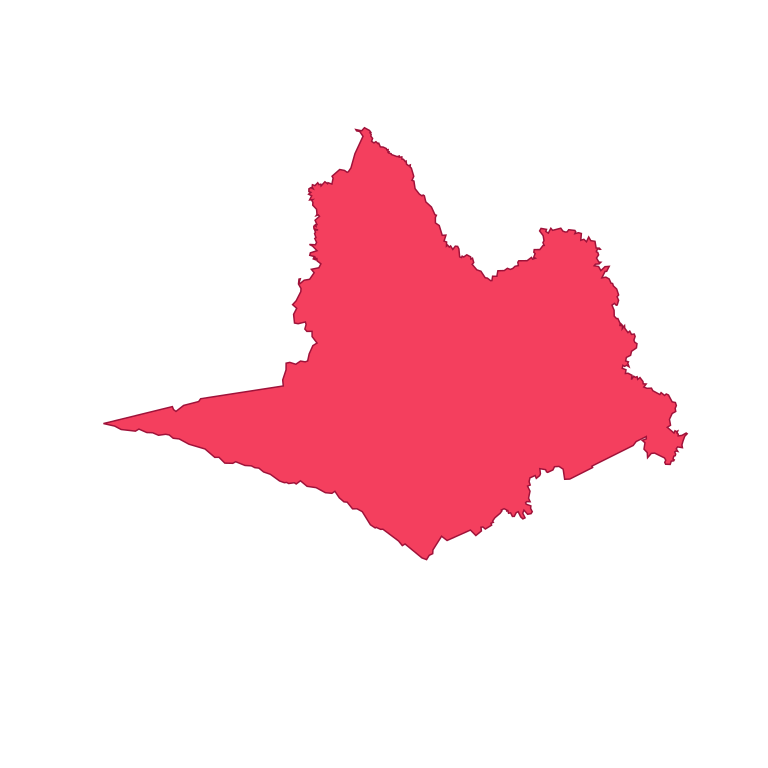 outline of Ozuluama de Mascareñas, Veracruz, Mexico, rotated 146°
{"feature_id": "50627088B92506226945560", "entity_name": "Ozuluama de Mascareñas", "entity_type": "district", "adm_level": 2, "iso_a3": "MEX", "parent_name": "Mexico", "parent_adm1": "Veracruz", "projection": "robinson", "projection_center": [-97.902, 21.699], "detail": "fine", "context": "isolated", "style": "filled", "palette": "rose", "viewbox_px": 768, "rotation_deg": 146, "n_neighbors": 0, "source": "geoboundaries", "source_scale": "gbopen_adm2", "svg_char_len": 6171}
<svg xmlns="http://www.w3.org/2000/svg" viewBox="0 0 768 768"><g transform="rotate(146 384 384)"><path d="M279.3,591.2L290.6,581.6L294.9,579.9L296.2,580.1L297.3,583.1L300.8,586.6L310.9,585.3L311.1,583.1L315.4,578.9L317.9,582.2L318.8,581.6L319.9,584.7L325.4,583.4L324.7,585.0L326.5,585.7L326.4,587.9L330.3,587.1L331.9,589.2L333.4,587.6L333.6,585.5L334.9,587.7L337.1,587.8L338.7,585.5L337.5,583.8L340.4,583.5L338.7,580.5L342.8,578.2L340.0,576.7L341.2,576.6L341.4,574.3L343.1,572.1L342.2,566.6L344.7,562.1L346.1,561.5L343.9,560.9L343.7,559.1L349.6,558.3L350.4,553.7L351.5,554.3L352.2,552.7L353.0,554.4L354.3,553.7L355.3,551.7L352.5,548.6L355.4,550.2L356.0,548.1L357.4,547.6L358.6,543.3L360.0,543.4L360.7,539.1L363.0,537.8L367.8,541.4L366.1,538.3L365.0,532.0L371.7,533.9L373.6,532.2L370.2,528.3L370.5,526.7L371.8,527.9L372.7,527.3L371.3,525.3L370.5,526.2L369.5,525.6L370.6,523.5L369.1,518.9L373.0,516.8L380.1,519.7L379.7,515.3L387.1,512.4L392.2,514.7L397.3,514.2L397.5,515.7L394.6,518.0L395.8,518.5L399.0,514.7L399.4,509.6L401.3,507.1L410.3,502.1L415.4,500.9L414.0,495.6L420.0,492.3L424.1,484.6L421.5,482.0L414.5,479.4L415.3,476.9L418.9,473.8L418.5,470.7L414.2,467.9L417.1,463.5L416.6,455.4L421.5,455.6L429.2,450.8L434.4,445.8L436.9,446.4L440.4,449.7L446.1,449.7L450.0,454.6L453.5,456.0L457.3,450.5L465.7,444.0L468.6,438.7L544.2,474.3L547.5,473.1L562.1,478.3L571.8,477.6L572.8,480.5L572.1,483.6L638.7,508.1L630.8,499.7L627.4,493.3L616.4,483.9L612.4,483.7L607.8,476.4L603.1,473.0L599.6,467.6L593.1,464.4L590.5,461.8L589.1,456.9L584.5,453.0L579.4,443.2L568.7,430.2L565.3,417.8L561.8,415.5L560.2,407.4L553.7,402.8L550.4,402.5L544.8,394.2L539.7,390.3L537.9,386.9L534.8,384.3L533.0,378.4L528.7,372.7L524.8,362.0L521.8,357.9L519.7,356.8L518.7,354.8L513.6,352.3L512.7,350.2L507.4,350.5L505.0,342.2L498.2,336.0L493.4,326.7L488.3,322.5L484.7,322.5L484.7,314.6L483.1,308.7L480.6,306.6L479.9,298.1L476.1,295.6L473.4,290.3L474.0,274.9L471.8,269.6L470.6,269.5L468.1,265.4L466.1,264.2L459.7,245.7L459.2,239.8L456.0,239.6L449.8,218.6L446.9,214.6L442.3,216.7L438.5,216.1L436.2,219.1L421.4,225.6L419.2,219.0L394.0,214.6L392.6,207.0L385.4,207.7L383.7,211.0L382.0,210.2L381.1,207.1L373.7,206.8L373.2,208.7L370.7,208.2L370.7,209.6L366.9,211.1L359.9,211.9L357.2,212.9L357.2,213.9L354.2,213.5L352.7,210.9L353.2,210.1L352.2,209.8L353.0,207.2L351.1,206.4L351.6,202.4L350.0,201.4L346.3,203.4L344.2,203.1L345.0,197.3L344.3,194.5L341.9,194.2L341.2,199.3L338.5,201.2L337.8,195.7L334.6,194.3L332.5,195.2L332.0,198.9L330.4,200.8L333.3,204.8L333.0,206.4L331.5,206.7L328.7,204.7L328.0,208.5L322.9,213.5L322.1,219.1L319.3,218.5L318.3,221.9L315.5,224.6L309.9,223.6L310.5,220.6L306.2,221.0L304.5,222.1L302.2,226.7L297.9,222.6L298.4,220.3L297.7,219.2L292.0,218.3L288.9,220.1L285.0,217.8L283.1,213.2L287.5,204.0L283.1,201.3L257.8,198.1L257.7,199.6L255.4,199.4L211.8,193.7L207.1,195.3L195.9,193.8L197.2,191.8L201.4,192.8L200.5,189.4L204.9,184.6L204.1,179.9L206.7,175.5L201.2,177.0L198.3,175.4L192.8,165.9L193.0,163.3L195.1,162.0L195.4,160.0L191.7,157.3L189.0,159.4L186.8,158.3L185.8,158.8L186.4,160.1L184.2,162.1L182.6,161.7L181.4,162.8L181.0,165.1L179.4,165.2L178.1,163.8L178.0,166.8L175.8,167.7L172.2,164.3L171.1,166.9L167.9,169.6L163.9,172.5L160.5,173.2L160.9,174.4L165.8,174.8L169.1,176.5L168.1,177.9L168.5,179.5L166.8,180.8L168.2,181.0L168.9,182.5L171.0,181.2L173.4,189.7L169.5,189.6L167.1,195.1L161.6,198.4L157.5,198.1L156.2,201.0L153.7,202.6L152.8,205.7L155.1,208.1L154.3,215.8L155.6,217.9L157.8,217.6L159.1,221.9L161.2,221.0L164.9,228.1L164.6,231.0L168.4,233.4L170.3,236.2L166.7,237.4L169.0,239.2L167.9,241.3L168.2,246.2L171.1,246.0L170.1,248.5L171.9,249.0L172.6,250.8L176.4,249.3L173.5,252.5L175.7,256.5L178.0,257.7L175.4,260.5L177.7,263.8L175.5,265.9L174.7,264.1L172.4,263.9L171.2,261.3L170.3,264.9L169.0,265.7L170.8,268.0L168.2,270.5L163.5,269.9L160.5,272.7L154.5,272.8L151.7,276.0L152.8,278.3L152.3,280.6L149.2,283.0L148.6,285.5L151.1,286.7L150.7,290.4L153.0,290.2L153.2,295.7L152.0,297.8L155.5,296.6L153.5,299.0L153.8,300.9L154.7,299.7L155.7,300.6L154.4,302.1L153.5,307.5L154.6,308.2L155.2,311.5L152.0,316.5L150.9,321.9L147.9,322.0L147.4,319.4L146.5,319.1L142.7,322.2L142.0,326.0L139.7,326.6L138.0,332.6L139.0,337.0L138.3,339.5L139.4,340.6L138.6,345.2L140.3,348.5L144.0,350.2L137.8,353.7L136.4,352.9L131.5,355.6L135.2,357.7L140.8,356.7L140.4,361.4L143.6,364.5L141.7,365.1L138.5,363.3L136.2,363.7L137.7,364.9L137.4,369.6L133.9,371.0L133.2,373.5L134.0,374.8L133.1,375.8L130.5,376.4L130.3,375.7L130.0,375.1L129.5,374.8L129.3,374.7L129.5,376.2L132.1,378.1L129.3,384.3L132.4,387.2L132.1,391.4L136.6,388.7L137.4,392.2L140.5,393.1L136.2,398.4L138.2,400.7L141.7,401.9L139.9,403.1L139.9,404.6L144.6,408.6L147.1,407.7L148.7,408.6L150.2,410.7L150.3,414.3L158.3,417.1L158.6,419.8L163.4,417.2L164.6,420.0L162.8,421.3L166.8,425.2L169.4,423.9L169.1,418.0L171.2,413.4L173.2,412.3L173.7,409.3L174.8,409.9L179.6,408.3L184.3,411.4L186.1,409.5L185.8,407.6L189.1,405.3L188.2,403.7L191.0,404.4L191.0,406.5L196.4,406.2L203.4,410.8L205.0,410.1L206.4,407.0L209.5,408.3L212.7,407.8L215.3,408.4L217.0,410.9L220.9,410.8L226.3,414.2L230.2,410.2L233.7,412.6L236.7,409.4L237.8,410.0L239.1,414.0L240.7,415.5L240.6,423.3L243.2,426.7L244.0,433.9L241.7,434.5L240.3,438.8L242.1,439.0L241.1,441.0L243.1,444.8L246.9,444.7L247.7,446.3L249.0,445.5L250.2,447.1L246.4,454.0L246.0,456.9L247.8,458.4L251.7,457.1L251.6,461.2L253.3,461.0L253.6,463.6L255.1,463.4L252.7,466.7L254.3,468.9L249.4,472.8L252.6,474.7L249.6,484.5L251.3,488.8L248.3,493.3L246.2,494.6L247.1,495.9L245.7,504.2L247.5,511.6L245.3,517.5L245.9,518.8L247.3,518.8L248.5,521.6L249.0,528.6L245.7,535.5L246.9,537.2L243.2,539.5L240.6,547.7L241.0,549.4L239.7,550.9L241.6,551.3L242.4,553.6L241.0,556.5L242.0,556.6L242.2,559.4L243.4,560.4L242.2,562.3L244.6,563.5L243.9,564.5L246.0,565.2L249.6,570.2L249.3,571.0L250.9,572.9L250.0,573.6L251.0,574.1L249.5,576.0L250.8,576.6L250.4,577.9L252.2,580.9L254.4,582.6L253.7,586.6L254.6,586.7L255.2,589.4L257.5,589.5L258.6,592.1L256.1,594.0L256.3,596.8L255.0,598.2L255.2,600.0L254.2,599.9L254.3,602.4L256.9,607.4L260.9,606.4L265.1,610.7L265.2,609.2L262.9,606.9L262.9,601.1L279.3,591.2Z" fill="#f43f5e" stroke="#9f1239" stroke-width="1.5"/></g></svg>